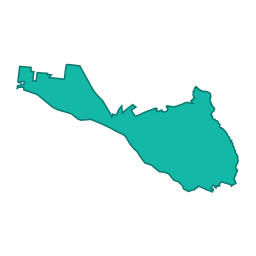 outline of Bolotesti, Vrancea, Romania, rotated 175°
{"feature_id": "2599482B57292828347042", "entity_name": "Bolotesti", "entity_type": "district", "adm_level": 2, "iso_a3": "ROU", "parent_name": "Romania", "parent_adm1": "Vrancea", "projection": "equal_earth", "projection_center": [27.03, 45.838], "detail": "fine", "context": "isolated", "style": "filled", "palette": "teal", "viewbox_px": 256, "rotation_deg": 175, "n_neighbors": 0, "source": "geoboundaries", "source_scale": "gbopen_adm2", "svg_char_len": 5419}
<svg xmlns="http://www.w3.org/2000/svg" viewBox="0 0 256 256"><g transform="rotate(175 128 128)"><path d="M230.5,198.8L233.7,183.4L232.9,182.9L231.9,182.4L230.8,182.0L230.6,183.7L230.5,183.8L230.2,183.7L227.3,183.2L227.6,181.2L227.5,180.8L227.6,180.7L228.0,180.8L229.9,180.3L231.8,180.1L234.4,179.7L234.9,177.1L233.8,177.7L232.5,178.1L231.1,178.0L230.7,177.9L229.4,177.8L228.7,177.7L228.4,177.4L228.4,175.0L215.5,169.3L201.5,155.5L195.9,152.0L189.9,149.8L183.2,147.1L177.0,141.2L174.3,139.9L164.4,139.8L156.0,135.6L146.3,130.0L141.4,126.6L133.7,122.0L130.9,119.5L129.4,116.0L127.4,111.9L124.2,107.2L121.1,103.8L118.4,98.6L116.0,94.6L114.2,91.7L108.0,89.1L104.6,85.6L100.4,81.6L97.2,81.2L92.6,79.5L91.0,78.2L89.0,75.0L86.9,72.1L82.3,69.9L81.0,68.2L79.0,66.1L78.4,64.7L78.2,63.1L77.7,62.2L77.2,61.7L76.1,61.4L74.4,60.2L73.4,59.6L72.9,59.5L72.2,59.8L70.8,60.1L69.7,60.5L68.1,60.7L67.1,60.6L66.8,60.7L66.7,61.3L66.6,61.9L66.4,62.0L65.0,62.2L63.5,63.0L63.3,63.3L63.3,63.7L63.0,64.2L56.5,60.5L54.5,59.4L54.5,59.5L52.5,58.5L50.1,57.2L50.1,57.5L49.9,57.5L49.5,57.4L49.3,57.8L48.9,58.1L48.6,58.2L48.3,58.5L48.4,59.2L48.4,59.5L48.5,59.7L49.2,59.9L49.3,60.1L49.9,60.1L50.2,60.3L50.7,60.4L50.8,60.5L49.9,61.4L49.9,61.7L48.7,62.8L48.5,63.2L48.4,63.5L48.2,63.8L47.7,63.6L46.8,62.8L46.6,62.7L46.3,62.5L46.3,62.3L46.8,61.6L46.7,61.3L46.2,61.0L45.3,60.7L44.9,61.9L44.8,62.4L42.8,62.2L42.6,62.4L42.7,62.7L42.1,62.6L41.8,62.4L41.6,62.7L41.6,62.9L41.7,63.0L42.1,63.4L42.2,63.7L42.1,63.9L41.9,64.0L41.8,64.3L41.5,64.5L40.9,65.0L40.3,65.7L39.8,66.0L39.2,66.1L38.3,65.6L30.1,62.4L30.2,61.1L28.0,62.3L25.4,63.4L25.5,63.9L25.5,64.5L25.7,65.3L26.2,66.4L26.5,66.4L26.5,66.8L26.6,67.1L26.6,68.7L26.7,69.1L26.3,69.5L25.6,70.5L24.8,71.5L24.8,72.0L24.7,72.5L24.3,73.4L24.1,73.9L23.6,74.3L23.6,74.9L23.2,75.2L23.1,75.5L22.7,75.8L22.6,76.3L24.0,78.4L24.2,79.1L23.5,81.2L23.2,81.9L22.7,82.4L21.5,84.4L21.1,85.8L21.1,86.3L21.4,87.2L21.4,87.9L21.4,88.5L21.2,89.7L21.4,90.4L22.0,92.3L23.3,94.3L23.0,95.7L23.1,96.2L23.6,96.9L23.9,97.6L24.3,98.6L24.2,100.1L24.9,100.5L24.9,100.8L25.1,101.1L25.1,102.1L25.2,102.8L25.1,103.1L25.3,103.4L25.2,103.6L25.1,103.8L25.5,104.3L26.6,104.6L26.6,104.8L26.6,105.1L26.6,105.4L26.1,106.0L25.8,106.5L26.7,106.7L27.0,106.8L27.3,107.1L27.3,107.4L27.5,107.6L27.7,108.3L27.7,108.6L27.5,109.0L27.7,109.3L27.7,109.8L27.9,110.1L28.8,111.0L29.4,112.1L29.9,113.7L30.1,114.2L30.5,114.5L30.7,115.2L31.5,116.3L31.7,116.7L32.2,117.3L33.2,118.3L33.4,118.7L33.7,119.0L34.6,119.4L34.6,119.6L34.8,120.0L35.5,120.1L36.1,120.6L36.5,121.2L36.6,121.7L36.5,122.4L36.2,123.3L36.3,123.6L36.8,124.2L37.3,124.8L38.0,126.9L38.3,127.2L39.0,127.5L39.6,127.7L40.2,128.1L40.9,129.1L41.2,129.2L41.8,129.2L42.5,129.3L43.2,130.7L43.1,130.9L42.9,131.2L42.8,131.4L42.8,131.9L42.9,132.5L43.2,132.7L43.7,132.9L43.8,133.1L43.8,133.5L43.9,133.8L44.3,134.1L43.7,134.7L43.4,135.1L43.0,136.2L42.8,136.5L42.3,136.6L41.4,137.1L40.4,138.7L40.3,139.3L40.1,139.7L40.3,140.3L41.0,141.3L41.4,141.5L41.8,142.0L42.0,142.5L42.2,142.8L42.3,143.2L42.3,143.6L42.4,143.8L42.8,144.2L43.1,144.8L42.9,145.4L42.9,145.5L43.6,146.5L43.4,146.9L43.7,147.9L43.9,148.2L43.8,148.4L43.7,149.2L43.9,149.5L43.8,150.1L43.6,150.4L43.6,150.7L43.4,150.7L43.1,150.7L43.1,151.0L42.9,151.4L43.0,152.1L42.8,152.7L42.8,153.1L43.0,153.8L42.9,154.4L43.0,154.8L43.3,155.2L43.8,155.7L44.0,156.1L44.6,156.4L45.0,156.4L46.3,157.3L47.2,157.5L47.5,157.6L47.8,157.8L48.3,157.6L48.8,157.7L49.2,157.9L49.8,158.0L50.7,158.5L50.8,158.5L51.0,158.4L51.5,158.6L52.3,158.7L52.6,159.0L52.8,159.3L52.8,159.7L53.2,160.0L53.7,160.1L53.9,160.4L54.2,160.7L54.5,161.0L54.9,161.2L55.3,161.5L55.4,162.2L55.5,162.4L56.1,162.6L56.4,162.9L56.7,163.0L56.9,163.2L57.3,162.6L57.9,162.2L58.3,161.5L58.5,160.6L58.6,159.5L58.7,159.4L59.7,159.0L59.9,158.8L60.0,158.5L59.9,158.1L59.8,157.8L59.7,157.4L59.9,156.7L60.2,156.0L60.2,154.9L60.1,154.3L59.8,154.0L59.6,153.5L59.6,153.3L59.8,152.9L59.8,152.6L59.7,152.3L59.4,152.0L59.4,151.8L60.5,151.3L61.9,150.3L63.1,149.2L62.2,147.7L61.4,147.1L63.6,147.2L64.2,147.4L64.8,147.5L66.2,148.4L69.3,148.1L71.0,147.3L72.1,146.9L72.6,146.8L73.1,146.8L74.5,146.3L75.6,146.1L77.0,145.6L81.1,145.1L82.3,145.2L82.7,145.6L82.9,145.7L84.1,145.9L85.5,146.3L86.9,145.9L86.9,146.2L86.8,146.5L87.7,146.5L87.8,146.4L87.7,146.2L87.8,145.6L87.6,145.4L87.5,145.2L87.3,145.2L86.8,145.3L86.6,144.9L86.4,144.3L87.0,144.0L87.0,143.0L87.0,142.8L87.2,142.2L87.7,141.5L88.0,141.2L88.3,141.1L88.9,141.2L89.3,141.2L90.1,140.8L90.9,140.9L91.2,140.9L92.3,142.0L92.5,142.1L93.2,141.9L93.6,142.4L93.6,142.5L93.4,142.8L95.2,142.3L96.1,142.1L97.1,142.0L98.1,141.9L98.4,142.6L98.1,142.7L98.4,143.2L97.8,143.4L97.8,144.3L97.4,144.7L97.5,145.0L98.7,144.6L99.2,145.4L104.4,143.7L104.5,143.8L110.1,142.2L115.7,140.0L116.9,139.6L118.1,139.4L119.8,139.0L123.2,145.4L118.2,148.1L118.8,148.9L119.3,149.0L119.6,149.0L120.3,149.8L121.2,150.9L124.0,149.2L127.4,146.9L127.5,147.0L130.0,145.2L130.4,145.0L132.4,143.3L132.3,150.6L134.8,148.0L136.2,146.1L138.6,141.6L138.8,141.7L141.7,143.2L143.1,140.3L143.9,143.0L151.0,157.6L155.8,163.3L159.6,169.3L170.6,194.1L178.1,195.7L183.0,196.6L184.1,196.1L184.9,192.5L185.5,190.4L185.7,188.8L186.0,187.8L186.3,186.1L187.2,182.2L194.4,183.6L194.5,183.7L202.2,185.1L199.7,187.6L203.5,188.2L203.3,189.4L209.6,190.4L212.1,190.8L213.6,191.2L215.4,182.8L218.7,183.3L216.9,192.3L219.9,192.7L219.5,194.6L219.3,196.0L219.1,196.6L219.2,196.8L230.5,198.8Z" fill="#14b8a6" stroke="#0f766e" stroke-width="1.5"/></g></svg>